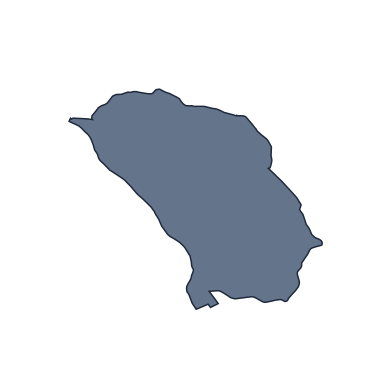 Wormerland, Noord-Holland, Netherlands, rotated 216°
{"feature_id": "6326949B48566307694504", "entity_name": "Wormerland", "entity_type": "district", "adm_level": 2, "iso_a3": "NLD", "parent_name": "Netherlands", "parent_adm1": "Noord-Holland", "projection": "natural_earth1", "projection_center": [4.861, 52.506], "detail": "fine", "context": "isolated", "style": "filled", "palette": "slate", "viewbox_px": 384, "rotation_deg": 216, "n_neighbors": 0, "source": "geoboundaries", "source_scale": "gbopen_adm2", "svg_char_len": 5822}
<svg xmlns="http://www.w3.org/2000/svg" viewBox="0 0 384 384"><g transform="rotate(216 192 192)"><path d="M52.5,158.0L51.7,158.8L51.3,159.5L51.0,160.1L51.0,160.7L51.2,161.5L51.3,162.1L51.4,162.8L51.4,163.1L51.3,163.7L51.0,167.2L50.9,167.8L50.9,168.5L50.5,171.4L50.3,172.9L50.3,175.4L50.3,177.9L50.4,178.3L51.2,180.6L51.7,181.5L52.3,182.4L53.6,183.5L54.7,184.4L56.5,185.8L57.6,186.6L59.3,188.4L59.7,189.3L59.8,189.7L59.7,190.5L59.7,190.9L59.6,191.6L59.6,192.6L59.4,193.8L59.4,194.5L59.5,195.3L59.5,195.7L59.7,196.1L60.0,196.8L60.4,197.4L61.0,198.3L61.4,198.8L61.6,199.3L61.6,199.7L61.6,200.3L61.6,202.2L61.8,204.3L61.8,206.5L61.8,207.8L61.8,208.8L61.9,209.8L62.0,210.4L62.1,211.1L62.5,213.2L62.7,214.4L62.7,214.8L62.6,215.3L62.6,215.7L62.3,216.5L61.9,217.3L61.7,217.7L59.6,220.5L57.4,223.2L56.6,224.2L56.0,225.0L55.9,225.2L55.9,225.4L55.9,225.6L55.9,225.8L56.0,226.1L56.2,226.6L56.4,226.8L56.8,227.4L57.1,227.6L57.6,228.1L57.9,228.2L58.5,228.4L58.8,228.5L59.1,228.5L59.8,228.5L60.5,228.6L62.3,228.3L62.5,228.2L64.9,227.6L65.5,227.5L67.3,227.6L69.0,227.8L69.9,228.0L70.4,228.2L70.9,228.5L71.7,228.9L73.0,229.7L74.1,230.4L75.2,231.0L76.1,231.4L77.0,231.8L80.2,232.8L80.5,232.9L88.8,238.9L90.5,239.5L92.7,240.2L93.8,240.6L94.3,241.0L94.7,241.3L94.9,241.8L95.1,242.2L95.3,243.3L96.2,245.7L99.1,247.0L99.2,246.9L99.4,246.8L99.6,247.0L100.6,247.6L101.6,248.0L104.4,249.1L104.9,249.2L112.1,250.7L123.5,253.0L124.9,253.3L139.7,255.4L144.2,256.0L143.6,256.7L143.1,257.3L143.1,257.5L143.5,258.9L144.7,261.9L145.1,262.8L145.9,264.3L146.4,265.0L148.6,267.1L149.4,267.9L150.3,269.1L150.9,270.2L151.6,271.1L153.8,274.5L154.2,275.0L154.8,275.5L155.6,275.8L158.3,277.1L159.7,277.7L161.8,278.5L162.4,278.7L168.5,279.0L169.5,279.0L171.0,279.2L173.8,279.5L175.9,279.8L176.1,280.0L176.3,280.2L176.7,280.4L177.4,280.6L178.4,280.8L178.7,280.9L181.5,281.7L181.8,281.8L182.4,282.0L183.3,282.2L185.1,282.6L185.9,282.9L186.6,283.0L187.1,283.1L188.6,283.5L190.3,283.9L191.9,284.3L192.2,284.3L192.8,284.4L193.4,284.3L194.7,284.0L194.9,283.9L196.2,283.1L196.7,282.7L197.4,282.3L198.5,281.5L199.8,280.6L200.0,280.5L200.1,280.4L200.4,280.4L200.5,280.4L200.9,280.2L201.0,280.2L201.0,279.6L202.7,279.1L204.9,278.3L211.6,275.7L212.6,275.3L217.2,274.5L219.0,274.1L220.1,273.8L220.7,273.6L221.2,273.4L222.3,272.9L223.6,272.2L224.8,271.6L228.9,269.9L231.2,269.0L232.2,268.5L233.0,268.1L235.6,266.2L238.5,264.1L239.8,263.1L240.7,262.5L242.0,262.0L243.0,261.6L243.6,261.1L244.9,260.0L246.6,259.0L246.9,258.8L247.0,258.6L248.0,258.2L250.5,258.1L251.4,258.2L251.6,258.2L252.0,258.4L252.9,258.6L254.2,258.9L254.7,259.1L255.1,259.3L256.9,260.0L257.4,260.0L257.9,260.0L260.6,259.7L262.2,259.4L264.0,259.1L264.9,259.0L265.9,258.8L266.7,258.7L267.3,258.6L268.1,258.5L270.6,257.6L271.1,257.4L274.7,256.7L276.9,256.4L278.3,256.2L278.9,256.0L279.7,255.2L281.2,253.7L281.3,253.4L281.4,253.1L281.6,250.7L281.9,249.0L282.0,248.4L282.1,248.1L282.3,247.9L285.0,245.8L286.0,245.3L288.3,244.1L289.3,243.6L290.3,243.1L292.1,242.2L294.2,241.2L295.4,240.8L296.0,240.5L296.4,240.2L297.7,239.3L298.5,238.7L300.2,236.6L300.3,236.5L302.4,235.2L302.7,235.0L302.8,234.8L305.1,231.6L306.4,229.7L306.6,229.5L310.6,226.3L310.8,226.1L312.4,223.2L312.5,222.9L312.6,222.7L312.6,220.7L312.8,214.8L312.9,213.7L314.0,211.3L314.3,211.0L315.1,209.8L316.1,208.4L316.5,207.2L317.0,205.9L317.2,205.4L317.3,205.2L317.3,204.7L317.3,201.6L317.5,197.5L317.7,195.2L317.0,193.5L316.8,193.1L316.5,192.8L316.4,192.7L316.0,192.4L315.1,192.1L318.6,190.2L320.0,189.4L323.9,186.9L331.1,182.2L331.5,181.9L332.3,180.5L332.4,180.2L332.7,180.3L333.2,180.3L333.7,180.3L333.0,176.9L331.6,177.1L329.3,177.6L323.8,178.7L322.2,178.9L321.7,179.0L321.0,178.9L320.5,178.8L318.7,178.7L317.1,178.4L315.3,178.0L314.6,177.9L313.0,177.7L310.7,177.5L310.2,177.4L309.6,177.3L308.3,176.9L306.9,176.4L306.1,176.0L305.3,175.6L304.8,175.4L302.8,174.2L301.2,173.1L299.8,172.2L298.6,171.3L297.7,170.5L296.4,169.5L295.6,168.9L295.3,168.7L294.6,168.4L292.7,167.8L291.9,167.5L291.4,167.3L291.0,167.1L289.4,166.0L288.5,165.3L287.2,164.4L286.6,164.1L286.3,163.9L285.4,163.7L284.5,163.4L283.0,163.2L281.6,163.1L279.4,162.8L271.7,161.4L271.3,161.4L261.3,161.9L255.6,162.1L254.7,162.1L253.7,162.0L253.4,162.0L249.5,161.3L248.0,161.1L246.3,160.8L245.5,160.7L235.8,158.3L234.9,158.2L233.5,158.0L226.3,157.3L217.6,156.0L217.2,156.0L216.5,155.8L213.3,154.8L211.4,154.2L211.0,154.0L209.5,153.2L208.3,152.6L207.6,152.3L206.6,151.9L205.2,151.4L204.1,150.9L203.7,150.7L203.1,150.5L197.5,147.2L196.5,146.6L195.8,146.4L187.5,143.6L186.8,143.4L184.7,143.2L183.5,143.1L181.4,143.4L178.4,143.7L172.2,144.0L168.9,143.5L167.1,143.3L165.8,143.0L165.3,142.9L157.5,139.7L156.5,139.3L156.3,139.2L155.9,139.0L151.6,135.2L151.4,135.0L149.6,132.9L149.5,132.7L148.6,131.9L147.4,131.1L146.9,130.8L146.0,130.5L145.8,130.4L145.4,130.1L145.1,129.8L145.0,129.7L144.7,129.0L144.4,128.4L144.1,127.7L143.3,124.2L143.1,123.8L142.4,122.5L142.2,122.0L142.1,121.7L141.7,119.8L141.3,115.9L140.8,112.9L140.3,111.6L139.1,110.0L138.0,108.9L137.2,108.2L136.2,108.0L134.7,107.4L133.2,106.6L126.6,102.2L119.7,99.6L117.8,102.7L117.7,102.9L113.0,110.7L109.2,109.5L105.2,117.1L109.4,118.5L118.0,121.2L119.3,121.6L119.7,121.7L114.1,126.5L113.3,127.1L112.8,127.5L111.9,128.0L111.4,128.1L110.1,128.5L108.7,128.7L107.4,128.8L101.3,129.2L99.8,129.2L99.3,129.2L98.7,129.3L98.2,129.4L97.7,129.6L95.5,130.4L94.8,130.7L94.3,131.0L93.9,131.3L92.9,132.2L91.5,133.6L89.8,135.2L84.7,140.0L82.9,141.7L82.5,142.0L82.0,142.4L81.8,142.6L81.5,142.7L81.1,142.9L80.2,143.4L79.2,143.6L76.6,144.0L74.5,144.2L70.8,144.7L70.0,144.8L69.0,145.2L68.9,145.2L68.1,145.7L67.5,146.2L65.6,148.2L63.6,150.4L61.9,152.4L60.8,153.7L60.2,154.3L59.7,154.7L59.1,155.1L59.0,155.3L57.9,156.5L57.5,156.8L57.1,157.0L56.3,157.4L54.9,157.7L54.4,157.7L53.3,158.0L52.5,158.0Z" fill="#64748b" stroke="#1e293b" stroke-width="1.5"/></g></svg>